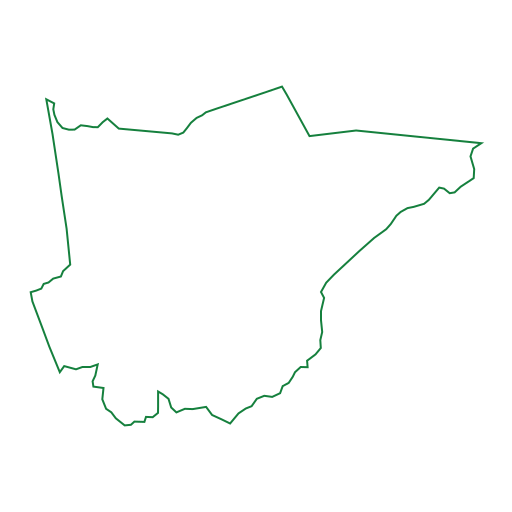 Ereré, Ceará, Brazil (Albers equal-area conic projection)
{"feature_id": "56859067B52861098652317", "entity_name": "Ereré", "entity_type": "district", "adm_level": 2, "iso_a3": "BRA", "parent_name": "Brazil", "parent_adm1": "Ceará", "projection": "albers", "projection_center": [-38.316, -5.99], "detail": "fine", "context": "isolated", "style": "outline", "palette": "green", "viewbox_px": 512, "rotation_deg": 0, "n_neighbors": 0, "source": "geoboundaries", "source_scale": "gbopen_adm2", "svg_char_len": 1574}
<svg xmlns="http://www.w3.org/2000/svg" viewBox="0 0 512 512"><path d="M481.3,143.2L356.1,130.5L309.5,136.1L286.7,94.6L282.0,86.6L262.1,93.4L216.7,108.6L205.9,112.3L202.1,115.3L196.6,117.9L190.9,122.8L187.0,128.0L183.3,132.6L178.2,134.7L172.0,133.4L118.8,128.6L107.4,118.5L102.8,122.1L97.8,127.2L92.9,127.1L87.5,126.1L80.8,125.3L74.6,129.6L69.0,129.7L62.5,128.0L57.4,122.1L54.4,114.8L53.3,109.3L54.2,103.4L46.3,99.3L52.5,134.0L58.5,173.7L61.6,195.7L66.6,228.7L70.2,264.6L63.1,271.1L60.9,276.5L53.2,278.6L48.5,282.5L43.7,283.9L41.3,288.6L36.2,290.6L30.7,292.2L32.4,301.4L42.4,328.0L49.3,346.6L59.8,372.2L64.2,366.1L76.0,369.3L82.4,367.0L90.3,367.0L97.7,364.4L95.3,375.6L92.6,381.3L93.4,386.6L103.5,388.0L102.3,399.3L106.1,408.8L111.3,412.3L115.8,418.3L124.7,425.4L130.9,424.8L134.4,421.6L144.4,421.9L146.0,416.9L152.7,417.2L158.0,412.9L158.1,406.6L158.1,391.5L162.8,394.3L168.5,398.8L171.2,407.5L176.4,412.4L184.9,408.8L192.7,409.1L206.1,406.9L212.1,415.0L221.7,419.4L230.1,423.5L238.5,413.4L245.8,408.5L251.6,406.2L256.8,398.8L264.3,395.8L272.2,396.9L280.1,393.2L282.7,386.1L288.7,382.9L292.8,376.7L295.0,372.2L300.7,367.0L307.6,367.2L307.1,360.7L315.5,354.4L320.8,348.0L320.3,340.1L322.2,332.0L321.0,320.2L321.0,311.1L324.1,297.9L321.0,292.0L326.2,282.7L334.0,274.6L359.5,250.9L374.3,237.8L380.3,233.5L386.2,229.2L390.8,224.0L396.4,215.7L400.7,211.9L407.5,208.1L413.6,206.9L424.1,203.8L428.9,199.8L439.2,187.6L444.0,188.6L449.7,193.2L454.6,192.4L460.7,186.7L473.7,178.1L474.2,169.1L470.5,156.4L473.1,148.6L481.3,143.2Z" fill="none" stroke="#15803d" stroke-width="2"/></svg>